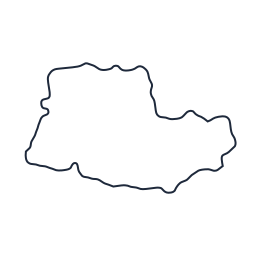 the district of Imbert, Puerto Plata, Dominican Republic, rotated 353°
{"feature_id": "3306468B41298949605028", "entity_name": "Imbert", "entity_type": "district", "adm_level": 2, "iso_a3": "DOM", "parent_name": "Dominican Republic", "parent_adm1": "Puerto Plata", "projection": "mercator", "projection_center": [-70.857, 19.757], "detail": "fine", "context": "isolated", "style": "outline", "palette": "slate", "viewbox_px": 256, "rotation_deg": 353, "n_neighbors": 0, "source": "geoboundaries", "source_scale": "gbopen_adm2", "svg_char_len": 3404}
<svg xmlns="http://www.w3.org/2000/svg" viewBox="0 0 256 256"><g transform="rotate(353 128 128)"><path d="M217.4,177.3L217.2,173.7L217.2,170.4L217.4,168.9L217.6,168.2L217.9,167.6L218.3,167.0L219.4,166.3L223.2,165.1L225.1,164.1L231.5,159.4L232.0,158.9L232.6,157.6L232.8,156.9L233.0,155.3L232.9,153.7L232.7,152.1L232.3,150.6L230.6,146.8L230.1,144.4L229.9,141.8L229.9,135.8L229.7,133.3L229.5,132.5L228.9,131.0L228.5,130.5L227.5,129.4L226.3,128.7L225.6,128.4L223.2,127.9L219.2,127.9L215.9,128.3L213.7,129.0L210.7,130.4L207.9,131.2L204.7,128.0L201.9,125.8L199.4,124.5L198.3,123.7L196.8,122.4L195.0,119.9L194.6,119.4L194.0,119.1L192.7,118.7L192.1,118.6L190.7,118.7L189.3,119.1L188.6,119.4L187.4,120.3L184.5,122.7L183.2,123.6L182.5,124.0L181.8,124.2L180.2,124.6L177.8,124.8L174.5,124.7L172.9,124.6L171.3,124.3L169.9,123.8L166.8,122.3L161.9,121.1L160.6,120.5L159.6,119.6L158.7,118.5L158.4,117.9L157.9,116.4L157.7,114.0L157.6,106.7L157.4,104.3L157.0,102.7L155.3,99.0L154.9,96.8L154.9,95.4L155.2,93.9L155.6,92.6L156.4,90.8L156.9,89.6L157.1,88.2L156.9,86.8L155.3,82.5L155.0,81.0L154.6,76.5L154.1,74.3L153.3,72.8L152.4,71.6L150.8,69.9L149.6,69.0L148.2,68.4L147.5,68.2L146.0,68.2L144.7,68.6L141.8,70.0L139.5,70.6L137.9,70.8L135.4,70.9L133.8,70.8L132.2,70.6L130.6,70.2L129.3,69.6L127.8,68.3L126.0,65.8L125.6,65.4L124.5,64.9L123.3,64.7L122.0,64.8L121.5,64.9L120.5,65.5L119.3,66.5L118.8,66.8L117.4,67.2L115.9,67.4L113.5,67.6L111.1,67.5L109.5,67.2L107.9,66.7L106.6,66.0L102.4,62.5L101.1,61.7L95.6,59.0L94.4,58.7L93.5,58.7L88.7,60.4L87.1,60.7L85.4,60.9L80.3,61.0L66.7,60.7L64.2,60.7L62.5,60.9L60.9,61.4L59.5,62.1L58.3,63.0L56.7,64.7L55.7,65.9L55.0,67.3L54.7,68.1L54.4,69.8L54.3,73.3L54.6,82.9L54.4,85.4L54.1,86.9L53.7,87.5L53.3,88.1L52.7,88.5L52.0,88.8L50.7,89.0L48.0,89.3L46.6,89.7L46.1,90.1L45.6,90.7L45.2,91.3L44.9,92.8L44.9,95.0L45.3,96.4L45.6,97.1L46.1,97.6L46.6,98.0L49.7,99.1L50.2,99.5L50.6,99.9L50.8,100.5L51.0,101.7L50.9,102.9L50.6,103.5L50.2,104.0L49.2,104.7L46.2,105.5L44.9,106.0L43.9,106.8L42.9,107.8L42.2,109.0L40.9,111.5L39.6,113.9L38.2,117.2L36.2,120.9L35.0,123.5L34.2,124.8L31.4,128.5L30.5,129.7L29.9,131.1L29.2,133.7L28.7,134.9L27.9,135.9L23.8,138.9L23.1,142.6L23.0,144.9L23.1,146.5L23.4,147.9L23.7,148.6L24.0,149.3L24.9,150.3L26.0,151.2L27.3,151.8L32.2,153.0L35.9,154.7L38.8,155.4L40.9,155.9L42.2,156.4L45.2,158.0L47.9,159.2L51.5,161.1L53.9,161.7L57.1,162.0L59.5,162.0L61.9,161.9L63.5,161.7L64.9,161.3L66.0,160.7L66.5,160.2L67.7,158.3L68.9,157.0L69.9,156.4L70.6,156.3L71.2,156.3L71.8,156.5L72.4,156.8L72.9,157.4L73.1,158.0L73.4,159.3L73.6,163.1L73.7,163.9L74.1,165.4L74.7,166.6L76.0,168.9L76.7,170.0L77.2,170.4L78.4,171.1L82.3,172.2L86.0,173.9L87.4,174.3L90.2,174.8L91.7,175.3L93.5,176.4L96.8,179.2L97.9,180.0L99.0,180.6L101.8,181.9L106.3,184.3L114.3,184.2L116.8,184.3L118.4,184.6L120.6,185.2L123.6,186.7L125.0,187.1L128.6,188.0L129.9,188.5L133.0,190.0L135.3,190.5L138.6,190.7L148.7,190.7L150.3,190.8L151.8,191.1L153.1,191.5L153.7,191.9L154.2,192.4L156.0,194.8L156.9,195.7L158.1,196.5L158.8,196.8L160.4,197.2L162.8,197.3L164.3,197.1L165.0,196.9L166.3,196.2L166.8,195.8L168.2,193.6L169.6,191.9L171.2,190.3L173.1,188.9L174.4,188.3L178.6,187.2L180.0,186.7L181.3,185.8L185.5,182.5L192.5,179.0L194.0,178.6L196.4,178.4L198.9,178.4L201.3,178.6L202.9,178.8L204.4,179.3L206.8,180.4L208.0,180.9L208.7,181.0L210.1,181.0L210.8,180.9L212.1,180.4L217.4,177.3Z" fill="none" stroke="#1e293b" stroke-width="2"/></g></svg>